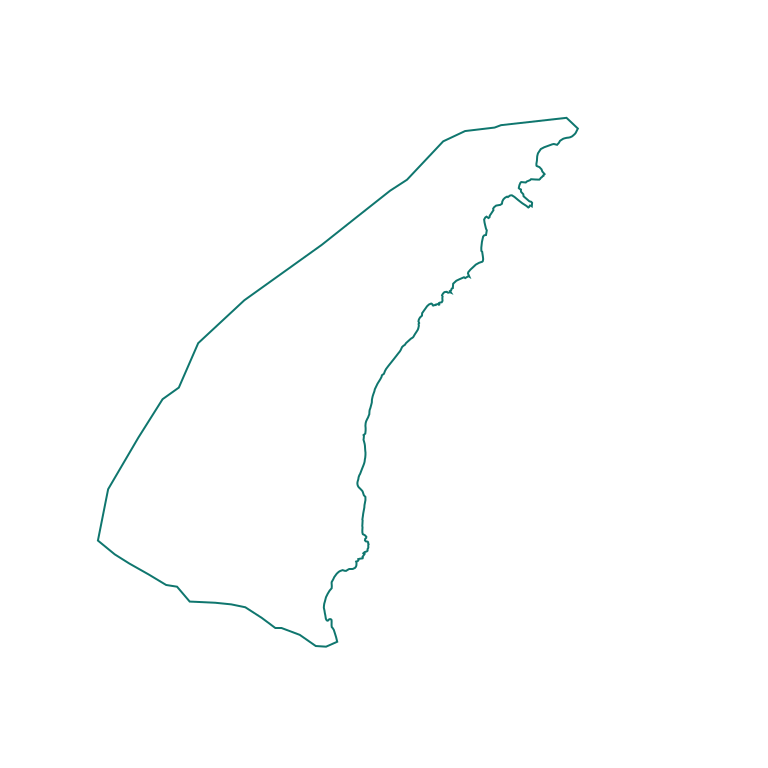 Mutsamudu, Andjouân, Comoros, rotated 137°
{"feature_id": "10938185B74704582538531", "entity_name": "Mutsamudu", "entity_type": "district", "adm_level": 2, "iso_a3": "COM", "parent_name": "Comoros", "parent_adm1": "Andjouân", "projection": "orthographic", "projection_center": [44.366, -12.183], "detail": "fine", "context": "isolated", "style": "outline", "palette": "teal", "viewbox_px": 768, "rotation_deg": 137, "n_neighbors": 0, "source": "geoboundaries", "source_scale": "gbopen_adm2", "svg_char_len": 4576}
<svg xmlns="http://www.w3.org/2000/svg" viewBox="0 0 768 768"><g transform="rotate(137 384 384)"><path d="M657.5,495.2L700.0,464.6L697.1,443.0L692.7,426.4L686.0,405.2L680.4,385.6L673.6,376.9L674.5,357.4L668.8,351.6L656.6,339.1L646.0,327.0L637.7,315.3L632.9,296.3L629.9,279.7L625.4,275.5L616.7,258.0L612.6,238.9L605.5,231.4L594.0,227.4L591.7,231.5L590.4,234.2L588.4,238.4L588.0,240.4L588.0,241.8L586.9,243.3L584.4,245.9L583.3,247.2L583.3,248.2L583.5,248.5L584.0,249.0L584.6,249.3L585.2,249.3L586.0,249.1L586.6,249.4L586.9,249.6L587.0,250.7L586.6,252.0L584.7,254.8L583.5,256.8L582.0,259.0L580.6,261.4L579.1,262.8L577.5,264.1L575.0,265.6L571.9,267.6L568.2,269.0L564.6,270.0L561.6,270.3L560.0,271.8L558.2,274.0L557.4,274.8L554.3,275.8L552.1,276.7L548.0,277.5L545.2,277.5L543.5,277.1L541.2,276.1L540.2,274.3L539.2,273.2L536.6,272.7L535.6,272.4L534.3,271.2L533.2,270.2L532.2,269.7L531.4,269.6L530.8,269.3L529.2,269.5L528.0,270.1L526.6,271.4L525.7,272.6L525.5,273.2L525.3,273.2L524.9,272.7L524.0,272.4L522.8,272.6L522.3,273.5L520.8,272.7L518.6,271.1L518.0,271.3L517.6,272.2L514.2,272.9L514.6,273.8L514.6,274.3L512.9,274.3L510.7,273.3L509.7,273.3L508.6,274.5L508.0,274.6L507.1,275.0L505.2,277.1L504.5,277.3L504.3,278.2L503.5,279.1L503.5,279.9L504.6,281.3L504.6,282.6L503.3,283.6L502.0,283.6L501.1,284.3L501.1,286.3L501.6,287.8L501.9,288.6L501.2,290.0L499.8,291.6L497.4,293.9L496.7,295.0L495.7,295.9L492.6,298.9L492.3,299.6L489.9,301.5L487.6,303.4L482.6,307.1L480.9,308.7L476.8,311.7L474.6,314.1L474.6,316.4L473.1,319.6L472.8,320.6L472.8,323.4L472.9,325.8L472.6,327.2L472.1,328.3L471.4,329.3L470.7,330.0L469.6,330.8L467.7,331.9L466.2,333.1L464.3,334.1L462.9,334.5L458.2,336.8L454.6,338.5L452.8,339.4L451.2,340.4L449.3,342.0L448.0,342.9L445.9,344.8L444.2,346.6L443.5,347.6L442.4,349.0L440.1,351.8L439.0,353.4L437.9,355.4L437.0,357.2L436.0,358.0L433.9,359.9L433.8,360.6L431.5,360.5L429.3,362.4L427.5,364.3L426.1,366.1L424.1,367.9L422.5,368.9L420.3,369.8L418.5,370.4L416.3,371.5L415.5,371.8L413.4,373.8L412.2,374.8L410.4,375.7L407.2,377.7L405.5,378.8L403.6,380.7L402.2,381.7L400.6,382.8L398.6,383.9L395.9,385.3L394.3,386.4L388.4,388.7L383.5,390.0L380.9,390.9L379.6,391.8L378.5,391.7L377.2,391.5L376.1,392.0L374.5,392.8L372.1,393.6L368.1,394.3L359.3,395.6L352.5,396.7L350.3,397.0L348.8,397.4L346.8,398.2L345.6,398.7L343.6,398.7L342.1,398.4L340.0,398.9L333.4,398.8L331.5,398.4L330.5,398.4L327.6,399.3L324.7,400.0L322.4,400.6L321.0,401.3L318.8,402.8L317.8,404.3L316.7,404.6L316.1,406.3L314.5,407.4L312.3,408.1L309.6,408.1L308.1,409.5L307.8,409.8L299.5,411.5L296.9,411.5L294.7,410.7L294.4,410.3L294.3,409.3L294.4,408.5L294.7,408.2L294.3,407.6L293.3,407.3L292.4,406.5L292.0,406.8L290.0,405.7L289.8,404.5L289.4,404.4L288.6,405.7L288.0,405.6L286.0,404.4L284.5,404.9L282.6,407.2L281.5,408.0L281.1,409.3L279.2,409.9L277.2,410.0L276.3,409.5L275.6,408.7L275.2,408.6L274.9,407.1L274.0,406.5L273.2,406.3L272.7,405.1L272.3,407.0L271.8,406.9L271.1,406.7L269.4,407.6L268.2,407.2L267.4,408.0L265.0,410.2L260.7,410.2L257.5,409.2L252.7,407.5L252.4,406.1L248.7,405.3L248.4,404.3L247.2,407.6L246.1,408.3L242.9,408.7L235.4,408.7L231.8,407.8L228.7,406.4L227.9,406.5L226.3,407.7L224.6,410.0L222.0,413.8L222.0,415.0L219.8,417.4L215.5,421.1L211.0,424.2L209.6,424.4L208.6,424.0L207.8,423.4L204.0,426.3L203.5,428.0L201.7,431.2L200.3,433.6L198.6,436.0L196.4,436.7L194.9,436.5L194.4,434.1L193.1,434.0L191.8,435.0L185.4,436.5L184.6,437.8L182.9,438.2L180.3,438.0L176.8,435.7L174.8,435.4L173.0,436.8L170.9,437.6L168.7,437.7L166.9,437.3L166.2,437.1L165.9,436.2L163.3,435.9L162.4,435.3L161.8,434.8L161.0,431.8L160.4,426.9L159.6,421.9L158.4,417.2L158.1,414.7L157.2,414.5L155.6,415.0L154.9,414.3L154.7,413.2L152.1,415.5L152.1,416.9L153.1,418.5L153.9,426.1L152.7,427.8L152.7,431.0L152.0,432.1L151.2,432.8L151.8,434.4L151.8,435.4L149.3,437.1L147.0,438.1L145.9,438.1L142.9,434.7L141.4,434.7L138.2,433.5L136.8,433.5L134.0,430.5L131.1,427.6L130.0,427.5L129.3,427.7L128.3,427.8L127.6,427.6L127.1,427.7L126.2,427.8L126.0,427.6L125.3,427.5L124.9,428.0L123.4,428.0L123.3,431.4L122.4,433.5L122.4,434.9L122.4,436.6L123.6,439.2L123.6,439.7L122.4,441.1L119.9,443.0L116.6,446.1L114.1,447.7L109.1,448.9L105.4,447.9L97.6,444.6L96.1,443.7L94.5,441.2L94.3,440.9L91.7,441.1L89.4,441.8L85.9,441.2L84.9,440.8L83.8,440.2L82.4,439.4L81.1,438.4L79.6,437.5L78.1,437.0L77.4,436.8L74.2,436.7L72.6,436.9L68.0,438.6L69.0,454.2L121.9,493.5L128.2,496.1L152.2,513.7L175.2,521.1L227.9,517.7L247.7,521.2L290.4,524.7L334.4,528.2L429.0,540.5L492.0,540.6L536.5,521.3L556.3,523.9L600.3,512.3L657.5,495.2Z" fill="none" stroke="#0f766e" stroke-width="2"/></g></svg>